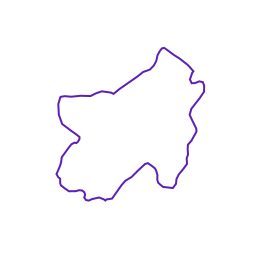 the border of Kočani, rotated 38°
{"feature_id": "MKD-2939", "entity_name": "Kočani", "entity_type": "Statistical Region", "adm_level": 1, "iso_a3": "MKD", "parent_name": "North Macedonia", "parent_adm1": "", "projection": "robinson", "projection_center": [22.392, 41.974], "detail": "fine", "context": "isolated", "style": "outline", "palette": "violet", "viewbox_px": 256, "rotation_deg": 38, "n_neighbors": 0, "source": "natural_earth", "source_scale": "10m", "svg_char_len": 1443}
<svg xmlns="http://www.w3.org/2000/svg" viewBox="0 0 256 256"><g transform="rotate(38 128 128)"><path d="M55.9,145.7L55.7,145.0L58.5,141.9L64.0,138.3L70.8,131.8L78.8,125.9L81.3,120.6L84.7,115.3L88.9,112.8L93.0,110.5L95.6,110.0L97.4,102.1L99.4,95.7L100.3,92.8L103.8,81.4L105.4,74.6L109.3,68.5L109.9,62.9L109.0,57.8L106.5,52.5L105.7,47.8L105.7,46.5L105.7,44.4L107.2,42.6L110.7,42.4L119.1,42.2L125.8,41.5L129.5,41.5L133.5,41.5L135.8,41.5L138.6,41.9L144.6,43.0L144.6,44.8L146.9,51.6L150.6,53.5L153.2,51.3L155.4,47.4L158.7,45.8L161.9,47.7L165.6,52.6L166.1,60.0L166.1,73.9L168.5,79.7L174.0,82.5L182.1,86.4L184.2,88.7L185.8,99.0L185.5,104.2L187.6,107.4L191.6,111.9L192.9,115.8L196.6,119.9L196.8,126.1L196.6,133.2L197.6,138.3L200.2,142.5L200.3,147.7L197.7,149.3L192.0,152.8L188.5,152.8L185.4,152.5L182.8,150.6L180.2,147.0L176.7,144.4L174.1,143.2L169.4,143.2L165.2,143.5L163.6,146.0L162.1,155.1L161.0,164.4L158.4,171.2L158.1,177.0L158.9,193.4L155.0,197.6L154.8,199.1L152.9,199.1L148.1,200.5L143.7,205.8L141.7,209.4L139.2,210.6L136.2,209.7L135.5,207.2L133.2,205.5L130.3,205.5L127.7,207.2L125.7,210.0L120.4,214.2L115.2,214.5L111.2,214.5L110.5,214.5L108.7,213.4L105.7,209.7L103.2,209.7L100.0,208.3L98.2,201.3L97.2,198.2L96.1,195.7L93.8,191.8L93.4,180.6L93.4,175.8L94.7,172.7L96.6,171.6L97.0,169.6L96.6,166.6L95.2,164.9L91.3,164.9L85.1,165.2L73.7,165.4L65.3,160.1L58.3,152.0L56.0,146.1L55.9,145.7Z" fill="none" stroke="#5b21b6" stroke-width="2"/></g></svg>